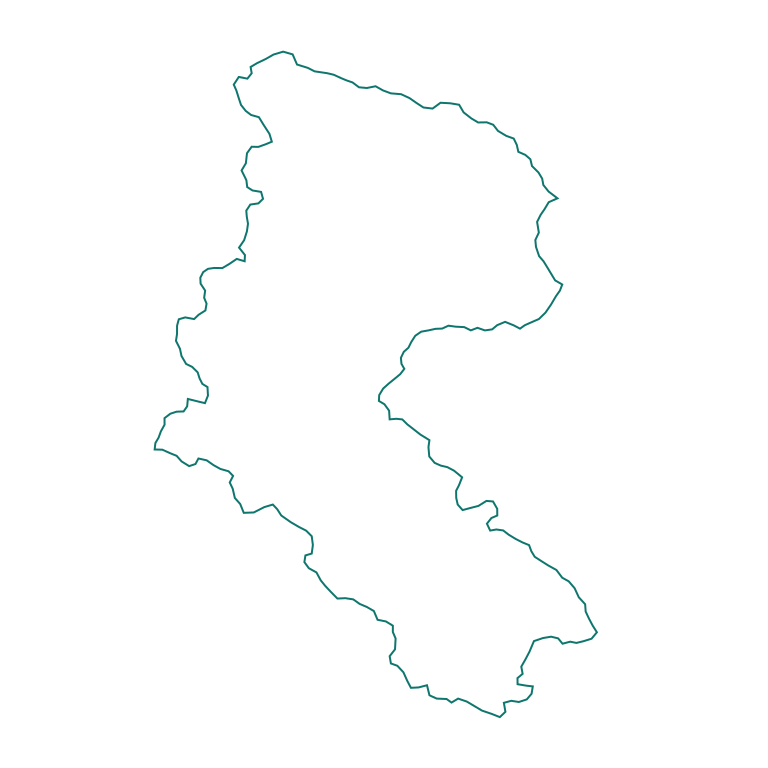 the district of São João Nepomuceno, Minas Gerais, Brazil, rotated 273°
{"feature_id": "56859067B98759493930874", "entity_name": "São João Nepomuceno", "entity_type": "district", "adm_level": 2, "iso_a3": "BRA", "parent_name": "Brazil", "parent_adm1": "Minas Gerais", "projection": "albers", "projection_center": [-43.014, -21.587], "detail": "fine", "context": "isolated", "style": "outline", "palette": "teal", "viewbox_px": 768, "rotation_deg": 273, "n_neighbors": 0, "source": "geoboundaries", "source_scale": "gbopen_adm2", "svg_char_len": 3837}
<svg xmlns="http://www.w3.org/2000/svg" viewBox="0 0 768 768"><g transform="rotate(273 384 384)"><path d="M674.6,375.7L677.1,367.7L680.9,360.0L678.7,351.4L679.0,343.5L683.5,336.8L685.2,330.8L687.3,324.9L690.2,317.6L691.4,311.0L692.0,304.6L692.6,298.3L695.7,291.4L698.5,280.4L708.4,275.5L710.6,265.9L707.2,256.4L702.2,248.6L697.8,240.5L693.6,234.2L687.4,235.6L681.8,231.6L683.0,222.9L675.1,218.3L669.4,221.2L662.1,223.9L655.2,226.6L649.5,231.6L645.7,237.2L643.9,245.1L636.2,250.4L627.8,256.5L620.1,259.3L617.3,253.5L614.2,246.1L614.0,239.4L607.3,235.1L597.2,234.5L589.8,230.6L580.3,235.9L573.5,237.1L570.4,242.5L569.4,251.2L562.6,253.5L557.8,249.1L556.2,241.1L549.9,237.4L544.0,238.2L536.9,239.8L529.2,239.1L520.3,236.8L512.6,232.1L505.5,238.4L499.3,238.4L501.2,230.4L495.9,223.4L491.3,216.5L491.0,208.3L489.8,202.2L486.3,197.6L480.5,195.0L474.6,195.6L467.9,200.5L460.7,199.9L454.9,202.6L448.1,201.8L443.4,195.2L438.9,191.0L440.1,182.0L437.9,175.7L431.4,174.3L423.1,174.7L416.2,174.0L408.5,178.4L401.4,180.3L393.7,185.3L391.0,191.6L385.9,197.3L379.8,199.6L374.6,202.6L371.7,207.9L363.2,208.8L355.5,206.2L357.0,198.2L358.8,188.9L351.4,188.6L346.1,185.3L345.5,178.3L343.1,172.1L338.4,166.6L331.9,167.0L325.1,163.7L318.6,161.7L313.1,158.8L306.6,158.4L306.8,166.1L303.8,173.8L301.4,180.7L296.1,185.9L291.8,193.7L294.2,199.9L299.9,202.6L298.5,210.9L294.0,218.1L290.6,225.1L288.7,233.4L284.3,238.1L277.6,235.1L271.5,238.4L262.4,241.0L256.6,246.7L248.0,250.7L248.9,260.7L254.8,270.9L257.8,279.3L253.4,283.9L247.3,288.3L241.2,298.0L236.8,306.5L233.5,313.9L228.2,319.8L219.5,321.4L210.9,320.7L208.7,314.5L202.0,313.8L196.1,318.6L192.3,326.4L184.6,331.1L179.4,335.8L173.9,341.5L167.3,348.7L168.1,356.6L167.3,364.6L163.1,371.2L160.4,378.6L156.7,385.8L148.2,389.9L147.0,398.3L143.1,405.5L136.8,405.8L130.5,408.9L119.6,408.9L112.5,403.9L105.3,405.5L103.3,412.1L97.1,418.5L88.7,422.8L82.0,426.8L82.8,434.4L85.4,442.7L75.5,445.7L72.6,453.1L72.7,463.0L69.4,468.1L73.7,474.5L71.2,483.3L66.9,491.5L63.0,498.9L60.1,509.1L57.4,517.1L63.0,522.4L71.9,520.4L74.3,527.7L73.5,535.3L76.5,543.1L82.4,547.6L89.8,548.4L90.2,541.9L91.2,533.1L97.3,532.7L101.8,537.6L108.9,535.9L116.9,539.9L124.3,543.3L135.1,547.2L138.6,556.0L140.4,564.1L139.1,571.2L134.0,575.9L136.4,583.4L135.5,589.7L137.6,596.7L140.5,604.6L147.2,609.6L153.7,605.0L160.4,601.0L167.3,597.3L174.6,596.4L181.2,589.7L190.1,585.0L196.6,578.8L199.9,572.1L207.3,565.9L211.4,557.5L215.1,550.9L219.3,543.6L224.7,539.9L230.7,537.3L233.0,530.7L236.1,523.7L240.1,516.3L244.0,510.7L244.6,503.8L243.2,497.7L249.9,494.1L255.8,498.3L258.6,504.0L265.3,503.6L272.4,499.0L272.6,492.4L267.2,484.7L264.7,476.7L262.2,469.1L267.5,463.9L274.0,462.1L281.1,461.6L286.9,464.2L294.9,466.9L301.1,458.5L304.3,451.6L305.5,444.9L307.9,438.7L314.0,433.0L323.3,431.7L330.3,432.3L335.4,423.0L340.3,416.0L344.9,409.4L349.6,404.1L349.9,398.1L349.0,391.5L357.6,390.5L363.8,385.5L366.8,379.8L372.7,379.8L379.4,383.4L384.7,388.7L390.2,394.8L394.7,399.7L400.2,403.5L405.0,400.4L411.0,399.5L417.2,402.1L421.5,406.5L427.3,409.0L433.8,412.7L438.2,418.4L439.9,425.7L441.8,432.6L442.4,439.2L445.6,445.3L445.0,452.5L445.0,461.2L442.1,467.9L445.0,474.4L442.8,482.0L444.2,489.1L448.7,494.0L452.4,501.7L449.3,510.6L446.4,516.9L450.1,521.6L453.0,527.3L457.0,535.3L463.7,541.5L472.0,546.6L480.8,551.2L486.5,554.8L492.7,556.8L496.4,549.5L501.7,545.9L508.8,541.1L514.9,536.9L519.8,532.2L528.9,528.6L535.7,527.6L543.3,530.7L553.9,528.4L561.2,531.6L566.7,535.0L574.2,539.0L578.5,547.5L584.8,538.3L591.1,532.7L597.4,531.2L603.3,527.2L609.4,520.4L616.1,518.4L620.2,513.1L622.9,506.0L629.7,504.1L635.9,500.7L638.2,493.1L642.7,484.6L648.6,479.5L650.7,472.9L650.1,464.3L653.8,457.3L659.4,449.3L666.8,444.4L667.8,435.4L667.8,425.7L661.6,418.1L662.2,408.9L666.5,401.5L670.8,394.6L674.3,385.9L674.6,375.7Z" fill="none" stroke="#0f766e" stroke-width="2"/></g></svg>